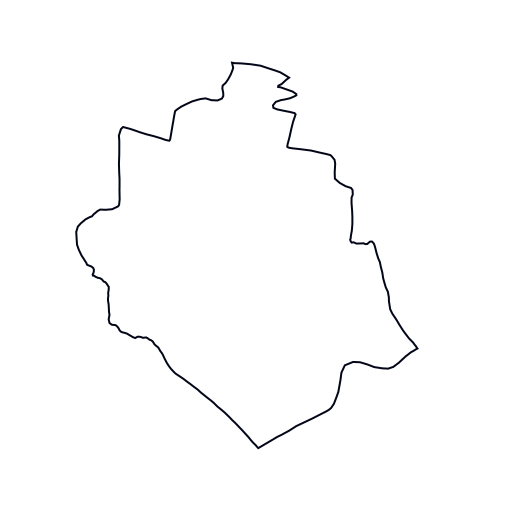 outline of Ba Phnum, Prey Vêng, Cambodia, rotated 15°
{"feature_id": "14789045B90581067324200", "entity_name": "Ba Phnum", "entity_type": "district", "adm_level": 2, "iso_a3": "KHM", "parent_name": "Cambodia", "parent_adm1": "Prey Vêng", "projection": "albers", "projection_center": [105.415, 11.288], "detail": "fine", "context": "isolated", "style": "outline", "palette": "ink", "viewbox_px": 512, "rotation_deg": 15, "n_neighbors": 0, "source": "geoboundaries", "source_scale": "gbopen_adm2", "svg_char_len": 3837}
<svg xmlns="http://www.w3.org/2000/svg" viewBox="0 0 512 512"><g transform="rotate(15 256 256)"><path d="M301.8,139.3L297.5,139.3L291.2,139.6L281.8,139.9L271.5,141.3L263.0,142.6L259.3,142.9L257.9,142.4L257.6,139.9L257.6,132.8L257.2,124.1L257.1,116.8L257.6,109.0L256.3,108.0L251.4,108.1L245.7,108.5L238.7,108.9L234.5,108.4L233.4,106.1L235.2,102.0L239.7,99.0L243.8,97.1L248.2,94.7L252.0,91.7L253.4,90.3L253.0,89.2L248.9,87.7L241.4,87.1L236.1,86.7L233.6,87.0L233.5,85.7L236.3,83.2L237.5,81.3L239.7,77.8L241.8,75.2L238.7,74.2L231.9,72.3L227.2,71.9L219.2,71.5L211.1,71.0L201.5,72.1L191.8,73.8L185.3,75.3L182.8,75.5L183.6,77.0L185.2,80.0L185.2,82.5L184.6,87.4L183.3,92.7L181.9,96.6L179.7,100.0L180.1,102.8L182.2,107.1L183.0,110.0L182.3,112.8L178.6,115.7L172.7,117.0L166.5,116.8L162.1,118.6L159.7,119.9L154.3,123.2L149.3,127.4L145.1,131.1L141.9,134.8L140.4,136.9L140.5,139.2L140.8,143.1L141.2,146.9L141.6,151.9L142.1,157.0L142.6,162.2L142.9,165.8L142.4,167.1L138.6,167.3L133.5,166.9L126.1,166.7L118.6,166.8L111.6,166.5L105.2,166.0L101.4,165.8L97.4,165.8L94.2,165.8L92.7,168.4L92.5,172.8L92.4,175.2L94.1,180.0L95.9,186.7L97.8,194.0L99.8,202.6L102.3,210.9L104.3,217.1L106.3,224.6L106.8,226.7L107.9,230.6L109.7,236.8L110.5,242.0L110.0,243.7L105.0,248.0L99.1,250.2L93.5,251.5L91.3,253.6L89.3,256.5L88.5,257.5L87.3,260.1L85.1,261.7L81.8,264.8L78.3,269.8L76.3,273.8L76.2,277.1L76.1,279.2L78.3,285.8L80.2,291.4L83.2,295.8L87.4,300.7L91.3,304.2L94.0,306.7L95.0,308.1L96.3,308.4L99.6,308.7L101.9,309.7L103.0,311.3L103.3,312.8L103.4,314.3L103.0,316.1L103.5,317.1L104.7,317.0L106.8,317.7L109.1,318.0L110.9,317.8L113.1,318.4L115.5,320.1L117.0,320.2L118.8,321.3L119.9,322.3L121.8,324.0L122.4,326.5L122.8,330.2L123.6,332.3L124.1,335.7L124.7,337.6L126.2,341.0L127.4,344.6L128.5,348.1L129.7,350.7L130.1,355.4L131.9,358.7L134.6,359.7L136.5,359.4L138.3,359.1L140.7,360.3L142.1,361.5L143.7,363.3L145.5,364.2L147.4,364.3L148.9,364.2L150.4,364.3L151.7,364.4L153.6,365.0L156.3,365.7L157.8,366.2L160.6,366.5L161.5,365.6L162.5,364.6L164.5,364.1L166.5,364.1L167.9,364.3L171.0,363.1L172.7,363.5L174.8,364.4L176.4,364.5L178.2,365.2L179.6,366.4L180.9,367.7L183.2,368.8L185.2,369.6L186.8,371.2L188.3,372.7L190.4,374.3L191.9,375.9L194.9,379.5L195.6,380.2L197.5,382.3L200.0,384.6L203.2,387.1L205.3,388.4L207.6,389.8L209.0,390.5L212.0,391.5L215.0,392.5L218.1,393.6L221.9,395.2L225.3,396.5L230.1,398.5L234.2,400.1L238.2,402.2L242.1,403.9L245.7,405.5L249.3,407.0L253.4,408.9L257.5,411.3L261.8,413.2L265.6,415.0L269.1,416.9L272.3,418.7L275.7,420.8L278.4,422.2L281.9,424.3L284.8,426.1L287.0,427.4L289.5,429.0L292.8,431.1L295.6,432.9L299.0,435.4L301.9,437.3L304.5,438.7L306.8,440.3L307.9,441.0L315.1,433.7L323.5,425.1L326.3,422.7L333.1,416.3L338.9,409.9L352.0,398.8L364.3,387.7L366.4,385.5L367.9,383.3L369.5,378.6L370.2,372.2L370.7,365.9L370.1,358.7L369.6,353.2L368.7,346.6L369.7,340.9L370.1,338.6L377.2,333.2L384.0,331.7L391.3,331.9L399.0,332.7L407.1,331.8L412.8,330.6L417.3,327.6L421.7,322.0L424.1,318.1L426.2,314.8L426.7,313.9L427.6,312.9L428.9,311.1L430.8,308.6L432.4,307.2L433.6,305.9L434.5,304.9L435.9,303.6L434.8,302.7L433.8,301.7L432.4,300.8L430.4,299.1L428.6,298.0L425.0,295.9L421.1,292.9L417.2,289.8L412.2,285.2L408.0,281.1L402.6,276.4L399.4,272.7L396.2,265.5L394.9,261.2L393.5,258.3L392.7,256.5L389.4,252.6L386.6,248.0L384.5,244.4L382.3,239.3L379.4,234.2L377.2,229.8L374.7,226.7L371.9,222.3L370.6,220.0L369.5,218.0L367.8,215.1L366.3,213.2L364.2,212.0L362.3,212.7L360.9,214.7L360.5,215.5L358.7,216.2L356.5,215.9L353.6,216.9L349.6,218.0L346.7,217.5L344.9,218.3L343.6,217.2L342.7,215.8L342.9,214.9L342.4,211.6L342.0,206.6L340.8,200.1L339.0,193.4L337.3,187.9L334.5,179.9L333.2,174.8L333.6,171.7L332.2,167.3L330.2,165.7L324.5,165.4L318.1,163.8L312.2,160.9L310.4,155.0L308.6,146.3L307.0,142.8L303.6,140.3L301.8,139.3Z" fill="none" stroke="#020617" stroke-width="2"/></g></svg>